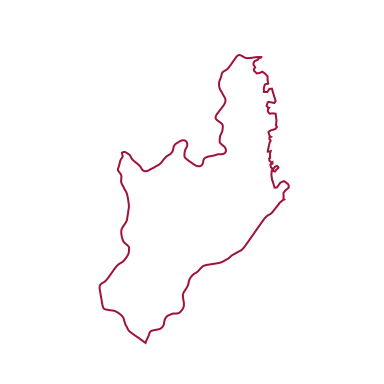 Banica, La Estrelleta, Dominican Republic (Albers equal-area conic projection), rotated 125°
{"feature_id": "3306468B73916150464178", "entity_name": "Banica", "entity_type": "district", "adm_level": 2, "iso_a3": "DOM", "parent_name": "Dominican Republic", "parent_adm1": "La Estrelleta", "projection": "albers", "projection_center": [-71.658, 19.016], "detail": "fine", "context": "isolated", "style": "outline", "palette": "rose", "viewbox_px": 384, "rotation_deg": 125, "n_neighbors": 0, "source": "geoboundaries", "source_scale": "gbopen_adm2", "svg_char_len": 5517}
<svg xmlns="http://www.w3.org/2000/svg" viewBox="0 0 384 384"><g transform="rotate(125 192 192)"><path d="M200.0,271.9L202.9,269.0L206.5,268.9L208.5,268.4L212.0,266.9L215.5,265.9L216.5,265.2L217.1,264.2L217.8,261.9L218.2,260.8L218.8,259.7L219.7,258.8L220.7,258.1L223.4,256.6L224.4,255.8L225.2,254.8L225.9,253.7L227.0,251.4L228.2,249.2L229.6,246.1L230.8,244.3L232.7,242.1L236.4,238.5L238.6,236.5L240.3,235.2L241.5,234.5L243.3,233.7L246.7,231.9L249.1,230.8L251.3,229.7L252.5,229.2L253.9,228.8L255.2,228.7L260.2,228.6L262.3,228.4L263.6,228.0L264.3,227.7L266.2,226.4L267.8,224.9L269.4,223.3L270.8,221.5L271.6,220.3L271.9,219.6L272.3,218.3L272.8,213.7L273.1,212.5L273.4,212.0L274.3,211.2L276.8,209.6L278.0,209.0L279.2,208.6L281.3,208.3L284.2,208.2L287.0,208.4L288.4,208.6L289.7,209.0L293.1,210.6L295.2,211.1L298.9,211.4L309.4,211.4L313.1,211.6L315.2,212.0L316.4,212.4L318.5,213.5L319.8,213.8L320.4,213.9L321.7,213.7L322.4,213.4L323.6,212.7L324.7,211.7L336.1,200.4L337.4,198.8L338.0,197.6L338.1,196.9L338.0,196.4L337.7,195.3L335.9,191.4L334.4,188.6L333.9,187.4L333.6,186.0L333.4,184.6L333.3,182.4L333.4,180.3L333.7,178.2L334.1,176.8L334.4,176.2L335.2,175.0L337.9,171.7L338.7,170.6L339.9,168.1L341.4,165.4L341.8,164.1L342.1,162.6L342.2,160.4L342.2,149.1L342.3,143.5L339.9,144.2L334.4,145.1L331.7,146.0L330.6,146.1L330.0,146.0L328.8,145.4L327.2,144.1L324.6,141.5L323.5,140.5L322.3,139.6L321.0,139.1L319.6,138.8L317.6,138.9L316.3,139.3L313.5,140.6L312.3,141.1L310.2,141.4L308.2,141.2L307.5,141.0L306.4,140.4L302.8,138.1L302.0,137.3L301.1,135.8L300.3,134.8L298.9,133.6L298.4,133.3L297.1,132.8L295.7,132.6L294.3,132.5L292.9,132.6L291.5,132.8L290.2,133.2L289.5,133.6L287.7,134.9L284.5,138.0L282.8,139.5L281.6,140.4L280.3,140.9L278.1,141.3L273.6,141.4L271.3,141.7L269.9,142.0L267.1,143.3L265.2,143.9L263.1,144.1L260.3,144.0L258.3,143.5L255.4,142.2L254.2,141.8L252.8,141.5L248.0,140.9L246.7,140.5L246.1,140.2L244.8,139.4L243.1,137.9L235.2,129.7L233.5,128.2L232.3,127.4L231.1,126.7L229.3,125.9L225.9,124.2L224.6,123.8L221.9,123.2L220.6,122.8L217.2,121.1L214.8,120.0L212.0,118.5L210.7,118.0L208.5,117.7L205.4,117.5L175.9,117.5L172.0,117.4L170.5,117.2L169.1,116.9L167.8,116.5L164.9,115.1L163.6,114.7L161.5,114.5L155.8,114.2L152.0,113.9L151.6,114.2L146.4,112.9L145.2,112.1L144.9,113.3L143.0,114.5L141.2,115.9L140.3,116.5L137.6,116.5L133.0,115.3L131.1,116.6L130.4,118.2L130.3,120.4L130.4,122.8L130.4,123.0L133.8,125.0L139.5,125.0L139.8,125.2L141.1,127.0L140.3,127.8L136.5,132.6L136.5,133.0L132.3,136.9L128.4,139.1L127.7,138.4L128.1,136.9L127.4,135.6L126.1,135.8L122.5,135.1L122.0,135.8L121.9,137.4L123.9,138.6L125.0,138.6L126.6,138.6L126.6,141.4L124.6,143.5L123.9,143.5L122.7,142.3L122.0,142.8L121.5,143.2L122.2,143.4L122.0,146.5L120.3,148.0L119.4,147.5L116.0,149.9L115.5,150.3L113.4,151.0L114.6,152.0L115.5,153.1L111.4,155.0L106.6,156.9L105.0,156.9L104.4,157.9L104.4,158.7L104.0,159.0L103.2,159.7L102.8,159.9L102.4,159.7L101.5,159.1L101.6,160.3L100.6,161.9L100.0,162.8L98.8,163.8L96.5,162.9L92.7,159.9L90.0,159.7L89.8,160.0L89.1,161.6L86.2,163.1L85.2,163.6L79.9,168.4L80.1,168.7L80.4,169.4L81.4,171.2L83.3,173.2L82.6,176.0L80.7,177.2L79.1,177.2L79.4,177.6L78.6,180.3L75.1,181.4L74.1,180.8L71.9,175.6L69.5,175.7L67.6,178.1L65.2,181.2L63.6,183.4L62.3,184.7L61.5,185.7L63.1,187.7L64.0,187.7L66.9,187.7L68.8,190.5L66.1,192.5L65.6,192.7L63.4,193.6L63.1,193.7L61.5,193.7L59.9,192.0L59.6,191.7L59.1,192.1L58.5,192.5L57.7,193.7L53.9,196.5L53.7,197.3L53.1,200.1L53.1,203.4L53.4,203.5L55.8,205.0L56.2,205.3L57.7,207.0L57.0,211.0L55.8,211.8L53.6,211.8L52.5,214.5L51.3,215.5L48.8,215.8L46.1,214.0L44.5,214.1L42.2,212.5L42.4,212.2L41.7,212.6L44.1,216.0L45.6,217.7L49.3,221.6L50.6,223.4L51.3,224.7L51.5,225.3L51.7,226.7L52.0,229.9L52.3,231.1L52.6,231.6L52.9,232.1L53.4,232.5L54.6,233.0L56.5,233.2L65.4,233.2L69.2,233.3L70.7,233.5L72.1,233.9L74.3,234.9L75.4,235.4L76.7,235.6L78.0,235.4L79.1,235.0L81.4,234.1L85.3,233.2L86.6,232.7L87.8,232.0L89.5,230.7L91.0,229.1L92.2,227.3L93.5,224.3L94.7,222.0L95.7,219.7L96.3,218.5L97.2,217.6L97.7,217.2L98.7,216.5L100.2,216.1L102.4,215.8L105.5,215.9L112.5,216.2L114.7,216.2L116.1,216.0L117.3,215.5L117.9,215.1L118.3,214.5L118.7,213.3L118.8,212.0L118.9,207.8L119.1,206.4L119.3,205.8L119.7,205.2L120.1,204.8L121.0,204.1L124.2,202.3L125.5,201.9L128.8,201.3L130.1,201.0L131.8,200.2L134.4,198.6L135.3,197.8L135.8,196.7L136.0,195.5L136.3,191.6L136.7,190.3L137.3,189.2L138.1,188.3L139.3,187.6L139.9,187.5L140.6,187.4L141.2,187.5L141.9,187.7L143.0,188.3L143.8,189.1L144.6,190.0L145.5,191.5L146.2,192.4L148.8,194.3L153.7,199.0L155.4,200.3L156.7,200.9L157.4,201.1L158.7,201.1L159.8,200.7L162.4,199.5L163.6,199.4L164.3,199.4L165.5,199.8L166.5,200.5L167.3,201.5L167.9,202.8L168.2,204.2L168.3,205.6L168.3,213.2L168.1,216.1L167.8,217.4L167.6,218.0L167.2,218.5L166.3,219.3L163.2,221.1L161.4,221.7L157.4,222.3L156.2,222.8L155.2,223.6L154.4,224.6L154.1,225.1L153.9,225.8L153.9,226.5L153.9,227.2L154.1,227.8L154.4,228.4L154.7,229.0L155.6,229.9L156.6,230.6L157.2,230.9L159.0,231.7L161.2,232.7L162.4,233.1L163.1,233.2L164.4,233.2L165.0,233.1L166.2,232.6L167.8,231.9L169.0,231.4L170.3,231.3L171.7,231.2L173.7,231.6L177.1,233.2L178.5,233.5L180.7,233.8L185.3,234.0L187.5,234.4L188.8,234.8L191.6,236.3L194.1,237.3L196.9,238.9L199.2,239.9L200.3,240.6L201.2,241.4L201.6,241.9L202.2,243.0L202.4,243.7L202.4,245.0L202.1,246.2L200.8,248.9L200.5,250.3L200.2,252.5L199.9,257.1L199.6,259.3L199.2,260.6L198.1,262.8L197.4,264.4L197.4,268.0L197.7,269.8L198.3,270.8L198.7,271.2L200.0,271.9Z" fill="none" stroke="#9f1239" stroke-width="2"/></g></svg>